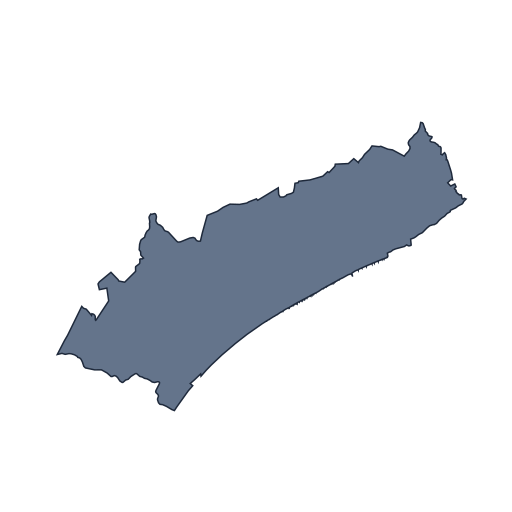 Santiago De Tolú, Sucre, Colombia (Equal Earth projection), rotated 227°
{"feature_id": "7082276B38303278930766", "entity_name": "Santiago De Tolú", "entity_type": "district", "adm_level": 2, "iso_a3": "COL", "parent_name": "Colombia", "parent_adm1": "Sucre", "projection": "equal_earth", "projection_center": [-75.564, 9.531], "detail": "fine", "context": "isolated", "style": "filled", "palette": "slate", "viewbox_px": 512, "rotation_deg": 227, "n_neighbors": 0, "source": "geoboundaries", "source_scale": "gbopen_adm2", "svg_char_len": 6065}
<svg xmlns="http://www.w3.org/2000/svg" viewBox="0 0 512 512"><g transform="rotate(227 256 256)"><path d="M154.4,448.5L156.2,447.7L156.4,446.3L157.1,445.9L158.1,446.2L160.5,447.8L160.9,447.7L162.1,446.3L163.3,446.4L163.7,446.1L165.1,446.0L165.7,446.3L166.7,446.1L167.1,446.8L167.8,447.1L169.3,446.9L170.1,447.2L170.1,449.5L173.1,450.5L174.4,446.1L178.8,446.1L178.9,450.7L177.6,451.7L183.3,455.5L186.2,457.0L194.7,461.0L196.2,461.4L196.7,460.8L197.8,462.2L200.7,463.9L202.9,464.4L203.1,462.8L202.9,461.2L204.4,460.6L205.3,461.7L208.8,465.0L209.6,465.3L210.4,465.3L211.4,464.6L212.2,464.5L213.6,464.9L214.7,464.4L216.6,464.2L217.8,463.6L219.9,462.0L221.1,461.7L222.0,462.2L222.2,462.7L222.4,464.9L223.0,466.0L223.8,465.8L225.6,464.5L227.7,464.3L228.6,465.1L231.9,465.0L233.2,466.3L234.1,466.4L238.8,468.5L240.1,468.5L241.4,467.5L238.3,463.2L236.5,458.8L236.4,457.1L236.6,454.3L236.1,451.4L236.1,447.6L235.8,446.3L235.1,444.7L234.1,443.9L232.9,443.4L231.2,443.3L229.6,442.0L228.6,439.2L228.4,435.1L227.9,432.5L240.5,428.2L244.2,425.3L251.1,422.1L252.0,420.6L257.4,415.9L256.4,411.8L256.3,404.7L255.3,400.9L255.2,396.7L255.0,395.7L254.4,394.6L260.5,393.9L260.6,386.6L269.1,376.6L267.8,374.9L267.2,366.4L268.8,365.9L268.8,359.3L274.8,347.4L281.5,338.3L280.8,336.9L282.6,334.1L279.5,330.4L277.1,326.8L277.6,324.6L279.8,320.3L279.6,318.9L280.4,316.3L282.6,313.9L285.5,314.5L290.7,318.8L295.6,295.2L297.5,295.3L300.5,287.7L301.0,285.4L304.9,279.2L311.7,272.3L314.0,265.1L315.0,258.4L319.0,248.0L309.5,232.5L304.8,225.5L305.9,224.1L307.2,223.3L308.5,223.1L310.7,223.5L312.4,222.7L314.3,219.8L317.8,210.5L319.0,208.8L319.7,208.3L321.2,208.1L333.1,208.2L334.3,207.8L336.3,206.6L338.1,206.6L340.6,207.3L343.7,207.0L345.9,206.0L347.0,205.9L349.3,206.4L350.2,206.9L352.5,209.9L354.3,210.9L355.5,211.1L356.2,210.8L357.7,208.1L358.5,207.6L357.7,204.9L357.0,203.9L354.2,202.2L352.8,201.0L352.7,200.5L349.9,198.2L348.7,196.8L348.3,195.2L348.5,193.6L348.0,191.6L346.9,189.1L345.8,187.6L345.7,187.1L346.2,183.2L345.7,181.8L343.9,178.8L340.2,174.8L337.8,174.5L335.3,172.4L331.2,172.3L331.4,171.0L332.6,169.6L332.9,168.7L331.7,167.9L330.0,166.0L329.9,164.9L330.3,160.9L330.0,160.3L326.9,157.5L326.4,142.1L331.3,138.6L332.7,139.0L343.0,138.8L343.9,123.8L343.3,121.4L338.2,118.5L334.2,125.0L323.6,117.6L318.3,95.7L318.3,94.9L319.0,95.0L321.5,97.3L322.8,97.6L324.2,97.5L325.7,96.6L324.7,95.2L332.9,95.6L335.4,94.2L338.0,94.2L326.5,64.1L324.7,58.1L319.5,43.5L317.1,47.7L314.2,49.4L312.2,52.6L310.6,54.1L307.5,55.9L304.4,56.8L303.4,56.5L301.8,57.5L299.7,57.6L296.8,56.7L292.7,54.8L290.5,54.9L282.8,60.3L278.2,65.3L272.0,67.3L266.7,67.8L265.9,68.7L265.2,70.8L263.7,71.7L261.5,71.9L257.4,71.2L255.0,71.8L254.4,72.3L254.3,72.9L254.2,76.0L253.0,78.5L253.2,82.2L252.4,86.8L251.9,88.1L251.2,88.5L247.2,88.9L245.0,90.3L242.6,91.0L240.3,92.6L237.0,93.7L234.7,94.1L232.6,95.6L231.1,98.4L230.3,99.1L229.3,99.2L228.5,98.3L225.9,91.2L225.2,90.1L224.3,89.7L221.8,89.8L220.6,89.5L219.8,88.8L218.9,86.9L218.0,85.9L215.1,84.6L213.0,84.6L211.0,86.3L207.0,88.0L201.1,89.7L198.6,90.9L199.7,95.4L203.6,114.6L204.3,121.3L207.6,120.9L207.4,126.7L207.5,135.1L205.6,133.8L206.4,141.5L206.8,149.0L206.9,163.5L206.1,181.1L204.8,196.1L202.3,214.0L201.4,218.9L201.1,219.2L201.3,219.4L200.7,222.2L200.4,222.5L200.5,223.2L199.7,227.3L199.6,227.9L199.3,228.4L199.2,229.6L198.9,231.0L198.7,231.1L198.2,234.8L197.8,236.7L197.5,236.8L197.4,238.0L197.1,238.1L197.4,238.5L196.9,241.3L196.0,244.3L195.4,244.5L194.4,244.2L195.7,244.8L195.3,247.4L195.0,247.6L195.1,248.1L194.8,248.5L195.0,248.7L194.8,249.6L194.7,250.2L194.4,250.1L194.6,250.5L194.4,250.7L194.5,251.0L194.2,251.3L194.3,251.8L194.1,251.9L194.2,252.4L193.6,252.7L193.9,252.9L193.8,253.9L193.2,253.8L193.6,254.2L193.6,254.8L193.4,255.2L193.0,255.1L193.4,255.4L193.2,256.2L192.7,256.2L193.0,256.7L192.7,257.6L192.4,257.5L192.7,257.8L192.7,258.3L192.5,258.7L192.1,258.7L192.4,259.0L192.2,259.9L191.8,259.8L192.1,260.4L191.9,261.0L191.6,261.1L191.8,261.3L191.7,261.8L191.4,262.3L191.1,262.2L191.4,262.8L191.2,263.4L190.9,263.5L191.1,263.9L190.8,264.7L190.5,264.7L190.8,265.1L190.5,266.1L190.0,266.0L190.4,266.3L189.9,268.4L189.5,268.5L189.8,268.7L189.8,269.3L188.9,269.7L189.5,270.2L189.3,270.9L188.9,271.0L188.9,271.4L189.2,271.3L189.0,272.1L188.5,272.0L188.7,272.8L188.5,273.9L188.3,274.3L187.9,274.4L188.1,274.9L187.4,277.8L186.8,282.1L186.5,282.6L185.8,282.3L186.4,282.9L186.1,283.5L185.7,283.3L186.3,283.9L186.0,284.8L185.4,284.7L185.9,285.0L185.8,286.1L185.7,286.6L185.4,286.5L185.5,287.1L185.2,287.5L185.3,287.9L184.8,289.2L184.9,289.6L184.4,290.8L184.4,291.5L184.1,291.6L184.1,292.5L183.9,292.6L184.1,292.8L184.0,293.3L183.8,293.7L183.4,293.7L183.7,294.1L183.5,294.9L183.2,294.9L183.4,295.2L183.2,296.1L182.9,296.3L183.1,296.6L182.5,298.2L182.6,299.0L182.1,299.9L182.1,300.8L181.8,300.8L181.9,301.2L181.4,303.0L181.2,303.8L181.0,304.0L179.4,310.7L178.3,313.0L177.8,313.3L177.1,313.2L177.0,313.6L175.0,312.6L177.6,314.1L178.1,314.7L177.3,318.8L176.5,320.8L176.3,321.2L175.9,321.1L176.2,321.4L176.0,322.8L175.5,323.9L175.2,323.8L175.5,324.1L175.2,324.9L174.6,325.0L175.0,325.4L174.8,326.1L173.6,329.6L173.1,329.5L173.5,329.9L173.2,330.8L172.6,330.6L173.0,331.0L172.6,332.5L172.2,333.1L171.7,332.9L172.2,333.3L172.0,334.0L171.5,335.4L170.9,335.3L171.4,335.8L170.7,337.7L170.0,337.6L170.5,338.1L169.8,340.0L169.2,339.9L169.6,340.2L169.6,340.8L169.1,341.8L168.5,341.6L169.0,342.2L168.6,343.1L168.1,342.9L168.5,343.3L168.0,344.7L167.8,344.7L167.8,345.4L167.3,346.4L167.0,346.3L167.2,346.7L166.7,347.8L166.4,347.7L166.6,348.1L165.4,350.9L164.9,350.8L165.9,351.5L165.8,352.1L166.2,352.6L168.5,354.0L167.9,356.3L167.3,357.2L167.0,360.3L166.0,363.0L161.7,371.1L161.4,373.7L159.5,374.4L158.8,375.1L158.0,376.7L157.7,376.6L162.9,380.6L161.5,383.9L161.1,386.0L160.8,389.7L159.6,393.6L159.9,400.0L159.7,403.6L158.1,407.0L157.5,407.5L156.7,410.3L157.2,414.3L157.1,417.7L156.5,421.1L156.8,424.7L156.0,427.8L156.0,428.4L156.7,429.0L156.7,429.7L155.0,434.9L154.7,438.3L153.5,442.2L153.7,443.8L154.2,445.0L154.4,448.5Z" fill="#64748b" stroke="#1e293b" stroke-width="1.5"/></g></svg>